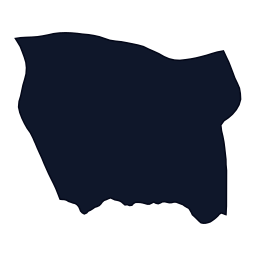 outline of As Sa'id, Shabwah, Yemen
{"feature_id": "15242507B10835252837826", "entity_name": "As Sa'id", "entity_type": "district", "adm_level": 2, "iso_a3": "YEM", "parent_name": "Yemen", "parent_adm1": "Shabwah", "projection": "mercator", "projection_center": [46.874, 14.278], "detail": "fine", "context": "isolated", "style": "filled", "palette": "ink", "viewbox_px": 256, "rotation_deg": 0, "n_neighbors": 0, "source": "geoboundaries", "source_scale": "gbopen_adm2", "svg_char_len": 2233}
<svg xmlns="http://www.w3.org/2000/svg" viewBox="0 0 256 256"><path d="M226.0,214.6L226.2,209.8L226.4,206.1L226.5,170.5L226.0,164.8L225.9,159.4L225.2,153.2L224.6,147.7L223.9,142.2L222.8,136.4L221.5,130.9L220.8,125.1L223.9,120.8L228.4,117.7L232.5,114.1L236.2,109.7L239.0,104.8L240.6,99.3L240.3,93.6L239.4,88.2L237.3,83.3L234.8,78.1L232.8,72.7L230.7,67.2L228.7,62.1L226.3,57.1L224.0,52.1L223.5,51.1L223.4,50.9L222.5,51.1L217.2,52.1L212.0,53.6L206.6,55.3L201.3,56.7L196.0,58.0L190.8,59.0L185.1,59.8L179.8,60.4L174.5,60.1L169.0,58.8L164.1,56.7L158.8,53.7L153.8,51.4L148.5,49.1L143.4,46.6L138.0,45.1L132.3,43.9L126.8,42.8L121.3,41.8L115.5,41.2L109.8,40.3L104.7,38.6L99.4,36.8L94.0,35.6L88.4,34.7L82.8,34.2L77.3,33.5L71.6,33.0L65.6,32.8L59.5,33.0L53.6,33.7L48.3,34.9L42.6,36.0L37.3,36.8L31.6,37.2L26.2,37.4L20.8,37.7L15.4,38.5L17.4,41.7L20.3,46.5L22.3,51.6L24.3,57.0L25.9,62.3L26.5,67.8L26.1,73.9L24.7,79.4L23.0,85.2L21.9,90.4L20.7,96.1L19.1,101.4L18.6,107.0L19.9,112.7L22.0,118.2L24.5,123.4L27.2,128.2L30.4,132.7L33.0,137.8L34.7,141.8L35.2,142.8L37.4,148.1L39.6,153.0L42.0,158.2L44.1,163.4L46.5,168.8L48.7,173.7L51.1,178.6L53.5,183.4L55.8,188.3L57.8,193.3L59.8,198.5L60.1,199.2L62.0,199.4L64.3,199.5L66.5,200.1L68.6,201.4L70.8,202.1L72.9,202.9L75.3,203.5L77.2,204.8L78.8,206.7L79.8,208.9L80.6,211.0L82.3,212.8L84.3,213.9L86.6,212.9L88.2,211.1L90.3,210.2L92.7,208.7L94.8,207.2L97.1,206.5L99.2,205.5L100.8,203.9L102.2,202.0L104.0,200.4L106.2,199.6L108.4,198.6L110.6,197.8L112.7,198.8L114.9,199.8L117.1,200.2L119.4,200.8L121.5,201.9L123.2,203.4L125.0,204.9L127.3,204.6L129.6,205.5L131.9,205.2L133.4,203.5L135.5,202.3L137.8,202.3L140.2,202.4L142.5,202.8L144.8,203.4L147.2,204.1L149.5,204.1L151.6,203.1L153.7,202.0L155.9,203.2L158.2,203.7L160.3,202.9L162.4,201.8L164.8,201.7L167.0,202.2L169.3,202.7L171.6,202.6L173.9,202.0L176.3,202.1L178.6,203.0L180.7,203.8L182.9,204.6L184.8,206.0L186.8,207.2L188.9,208.3L190.2,210.4L191.4,212.5L192.4,214.7L194.1,216.2L195.8,217.8L197.7,219.7L199.3,221.3L201.1,222.8L203.3,223.2L205.7,223.1L207.9,222.6L210.3,221.8L212.4,220.4L214.2,219.1L216.0,217.6L217.7,216.0L218.0,215.7L219.2,214.2L220.3,213.5L221.2,212.9L223.3,213.6L225.5,214.5L226.0,214.6Z" fill="#0f172a" stroke="#020617" stroke-width="1.5"/></svg>